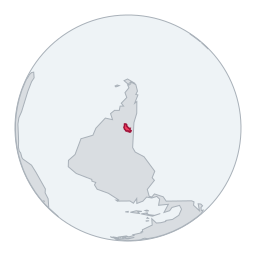 La Rioja highlighted on a globe, orthographic projection, rotated 179°
{"feature_id": "ARG-1302", "entity_name": "La Rioja", "entity_type": "Province", "adm_level": 1, "iso_a3": "ARG", "parent_name": "Argentina", "parent_adm1": "", "projection": "orthographic", "projection_center": [-67.822, -29.835], "detail": "medium", "context": "on_globe", "style": "filled", "palette": "rose", "viewbox_px": 256, "rotation_deg": 179, "n_neighbors": 0, "source": "natural_earth", "source_scale": "10m", "svg_char_len": 4247}
<svg xmlns="http://www.w3.org/2000/svg" viewBox="0 0 256 256"><g transform="rotate(179 128 128)"><circle cx="128" cy="128" r="113" fill="#eef3f6" stroke="#a8b0b8"/><path d="M102.4,18.3L102.6,18.3L111.9,16.8L111.4,17.2L113.2,17.5L115.2,17.0L114.4,16.6L118.6,15.9L117.2,15.9L118.6,15.8L126.4,15.4L126.5,15.4L128.2,15.4L130.9,15.4L131.3,15.4L134.6,15.8L142.1,16.9L142.5,17.2L137.8,17.4L129.8,17.1L123.6,18.5L131.5,17.4L132.6,18.7L134.4,19.0L136.6,19.1L137.8,18.6L138.9,19.2L131.5,20.1L130.3,19.6L132.7,19.2L128.9,19.2L123.9,20.4L124.9,21.2L116.3,23.0L116.9,23.7L115.3,24.7L115.0,23.3L115.4,26.0L105.5,30.5L105.8,36.9L101.3,32.5L97.0,32.7L91.9,33.9L91.8,34.9L85.1,35.8L78.7,39.8L75.9,45.9L77.8,49.7L85.4,47.8L87.8,44.6L93.5,42.9L89.0,51.0L98.8,50.2L97.6,56.3L100.4,59.1L105.4,57.6L110.6,58.6L114.4,54.6L120.5,52.4L120.5,57.4L123.9,52.7L127.3,55.0L139.5,55.1L138.5,56.2L148.8,63.1L159.9,67.3L162.5,71.7L161.2,74.1L165.0,75.5L165.1,77.2L180.5,83.4L188.4,90.3L188.1,96.7L181.4,102.4L175.2,118.1L163.2,121.4L160.1,128.4L150.5,138.3L143.3,136.6L145.2,142.7L141.1,145.9L136.4,145.8L135.5,150.0L132.0,150.0L134.3,152.9L128.7,158.5L130.4,163.4L126.4,168.2L127.6,171.1L126.0,171.0L124.4,172.2L124.3,173.9L119.4,171.2L117.9,164.7L119.6,161.4L117.5,160.9L120.9,152.6L118.7,154.3L119.0,142.6L122.0,133.2L123.7,108.3L121.2,103.8L112.5,99.0L102.0,84.3L104.7,77.8L102.5,75.2L109.8,66.3L108.0,59.3L105.4,58.6L102.7,61.6L94.0,58.6L91.1,54.2L65.6,54.1L63.3,53.0L63.8,49.6L58.0,44.0L59.2,51.0L56.5,50.7L54.8,48.9L56.4,47.3L56.2,44.2L54.2,44.6L56.3,41.2L60.0,38.2L67.8,32.8L75.9,28.1L84.5,24.1L93.3,20.8L102.4,18.3ZM105.1,39.4L116.3,41.9L109.7,42.9L111.0,42.1L108.2,40.9L102.9,40.2L97.2,41.9L105.1,39.4ZM110.5,34.9L108.5,34.9L110.5,34.6L110.5,34.9ZM127.6,177.0L119.9,172.3L124.2,174.3L127.0,171.7L131.1,175.4L127.6,177.0ZM136.0,170.5L139.4,169.3L140.2,170.2L138.1,171.2L136.0,170.5ZM210.0,50.8L208.8,49.7L205.2,46.2L199.0,40.5L210.0,50.8ZM230.4,174.8L228.1,179.7L227.8,179.5L225.6,183.1L223.5,185.1L221.3,185.5L221.0,179.8L223.6,176.0L227.5,166.4L234.1,146.2L236.9,140.2L238.0,133.9L237.6,116.9L237.9,110.8L237.1,106.7L235.8,105.1L234.6,100.3L233.6,98.8L225.1,92.5L220.8,85.3L211.7,68.5L212.0,64.6L209.1,58.7L208.6,49.5L211.9,52.8L212.1,53.0L217.3,59.3L222.0,65.9L226.2,72.9L230.0,80.1L233.2,87.6L235.8,95.3L237.9,103.2L239.4,111.2L240.3,119.3L240.6,127.4L240.4,135.6L239.5,143.7L238.1,151.7L236.1,159.6L233.6,167.3L230.4,174.8ZM212.7,55.7L213.7,57.2L212.7,55.7ZM139.8,55.0L141.3,56.1L139.3,56.0L139.8,55.0ZM108.7,44.8L111.1,44.6L112.4,45.2L110.5,45.6L108.7,44.8ZM129.3,43.8L132.2,44.2L129.2,44.6L129.3,43.8ZM118.1,42.3L127.1,43.7L121.3,45.1L115.6,44.4L119.6,43.8L118.1,42.3ZM109.2,37.3L110.7,37.4L110.2,38.2L109.2,37.3ZM111.9,34.8L111.3,34.9L110.6,34.4L111.9,34.8ZM133.0,18.7L133.6,18.6L135.9,18.8L134.8,18.9L133.0,18.7ZM146.1,18.8L147.7,19.7L145.8,19.0L144.6,19.3L139.0,18.3L142.5,17.4L141.9,17.9L146.1,18.8ZM132.6,17.2L135.7,17.7L132.2,17.2L132.6,17.2ZM54.3,213.2L53.8,212.7L57.0,215.3L61.2,218.6L64.6,221.1L56.1,214.7L54.3,213.2ZM47.5,206.8L46.4,205.5L53.0,211.9L51.6,210.7L47.5,206.8Z" fill="#d9dde1" stroke="#a8b0b8" stroke-width="1"/><path d="M125.2,124.8L125.3,124.7L125.4,124.4L125.5,124.4L125.7,124.0L126.2,124.0L126.4,123.9L126.5,123.9L126.8,123.9L126.9,124.1L126.9,124.4L127.0,124.4L127.2,124.6L127.3,124.6L127.5,124.7L127.8,124.6L127.8,124.8L128.0,125.1L129.1,125.1L129.3,125.1L129.4,124.9L129.5,124.9L130.1,125.2L130.3,125.3L130.3,125.6L130.5,125.8L130.5,126.0L130.8,126.3L131.5,126.9L131.5,127.0L131.6,127.4L131.8,127.9L131.8,128.1L132.1,128.6L132.0,129.0L131.9,129.2L131.8,129.5L131.5,130.4L131.5,130.5L131.4,132.1L131.2,132.1L130.7,132.1L130.4,132.1L130.2,132.1L129.9,132.0L129.7,131.8L129.6,131.5L129.3,131.3L129.3,131.2L129.2,131.0L129.3,130.5L129.2,130.4L129.3,130.1L129.2,130.1L129.1,129.9L129.1,129.7L128.8,129.4L128.6,129.3L128.6,129.2L128.4,129.1L128.3,128.8L128.1,128.6L127.8,128.4L127.7,128.3L127.6,128.2L127.4,128.0L127.4,127.9L127.2,127.8L127.1,127.7L126.8,127.6L126.7,127.6L126.3,127.6L126.2,127.6L125.9,127.6L126.0,127.4L126.0,127.2L126.0,126.9L126.0,126.7L126.1,126.4L125.9,126.1L125.8,125.9L125.7,125.7L125.4,125.4L125.2,125.4L124.9,125.2L125.0,125.0L125.1,124.9L125.2,124.8Z" fill="#f43f5e" stroke="#9f1239" stroke-width="1.5"/></g></svg>